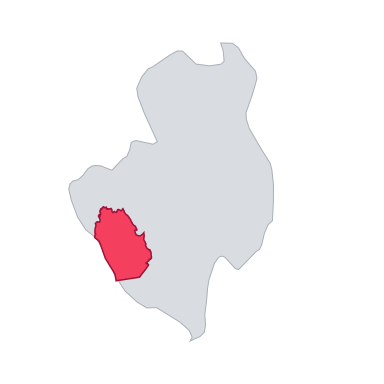 Kayonza, Eastern, Rwanda (highlighted), rotated 152°
{"feature_id": "39286606B59170295238138", "entity_name": "Kayonza", "entity_type": "district", "adm_level": 2, "iso_a3": "RWA", "parent_name": "Rwanda", "parent_adm1": "Eastern", "projection": "equal_earth", "projection_center": [30.553, -1.862], "detail": "fine", "context": "in_parent", "style": "filled", "palette": "rose", "viewbox_px": 384, "rotation_deg": 152, "n_neighbors": 0, "source": "geoboundaries", "source_scale": "gbopen_adm2", "svg_char_len": 5961}
<svg xmlns="http://www.w3.org/2000/svg" viewBox="0 0 384 384"><g transform="rotate(152 192 192)"><path d="M159.5,109.5L163.2,109.4L187.3,101.6L189.7,104.1L193.6,119.1L195.7,121.3L199.0,121.9L205.8,118.4L218.2,106.6L223.6,99.5L230.0,89.4L238.1,78.0L242.6,68.1L247.1,62.3L252.9,60.6L259.3,61.1L263.8,61.2L260.1,63.6L259.4,70.9L263.6,82.5L277.5,106.4L286.3,110.9L292.0,120.2L297.6,135.9L299.3,155.6L297.0,179.2L298.4,196.8L303.5,208.3L304.8,223.3L302.4,241.6L299.4,252.6L296.0,256.3L292.0,257.6L286.7,256.4L280.2,258.0L273.1,261.4L268.7,261.9L265.9,261.2L260.7,258.3L252.5,248.8L237.1,254.0L233.0,253.9L227.3,258.4L222.7,264.0L220.0,264.4L217.1,263.6L203.9,252.4L199.0,252.8L197.1,284.3L194.9,301.7L192.1,309.5L182.7,317.0L173.1,321.3L167.9,321.0L146.9,323.4L138.7,323.4L134.2,320.8L128.3,303.0L117.2,295.1L106.5,291.3L102.2,292.4L98.3,301.7L96.7,310.1L86.4,304.3L83.3,297.3L83.0,285.3L79.2,268.9L81.3,261.9L85.4,257.4L93.9,248.8L107.0,236.8L109.8,231.0L111.6,221.5L110.8,199.4L109.5,180.6L111.1,174.0L117.0,159.5L125.0,144.7L134.4,129.0L140.0,127.5L147.4,121.6L155.2,112.8L159.5,109.5Z" fill="#d9dde1" stroke="#a8b0b8" stroke-width="1"/><path d="M260.8,209.7L261.3,209.6L263.0,208.5L263.5,208.7L263.7,209.0L263.8,209.4L264.2,210.0L264.4,210.3L264.5,210.5L264.8,210.7L265.1,211.0L265.4,211.1L265.8,211.2L265.8,211.3L266.0,211.3L266.1,211.2L266.3,211.0L266.4,210.9L266.6,210.8L266.8,210.4L266.9,210.2L267.1,210.2L267.2,209.9L267.3,209.9L267.5,209.9L267.7,210.0L267.8,209.8L268.0,209.8L268.3,209.7L268.5,209.7L268.7,209.8L268.8,209.7L268.9,209.8L269.2,210.0L269.4,210.5L269.5,210.7L269.5,210.8L269.4,211.0L269.6,211.3L269.8,211.3L270.1,211.3L270.4,211.1L270.8,211.0L271.0,211.0L271.0,210.9L271.3,210.8L271.5,210.9L271.8,211.6L271.6,212.5L271.5,212.8L271.3,213.5L271.1,213.9L271.1,214.0L271.0,214.9L271.2,215.5L271.4,215.6L271.6,215.6L272.0,215.5L272.4,215.5L272.5,215.6L272.6,215.8L273.0,215.9L273.3,216.1L273.5,216.2L273.8,216.2L274.0,216.2L274.1,216.6L274.2,216.8L274.4,216.9L274.6,217.0L274.7,216.4L274.9,216.5L275.1,216.7L275.2,216.8L275.1,217.3L275.1,217.6L275.0,217.9L274.9,217.9L274.9,218.1L274.9,218.3L274.9,218.9L275.2,218.8L276.1,218.8L276.2,219.0L276.3,219.3L276.7,219.7L276.8,220.1L277.0,220.4L277.1,220.5L277.2,220.4L277.4,220.4L277.5,220.4L277.5,220.2L277.7,220.3L277.9,220.3L278.0,220.3L278.0,220.2L278.2,220.3L278.3,220.3L278.3,220.2L278.6,220.1L278.8,219.9L279.0,219.7L279.4,219.6L279.5,219.7L279.8,219.5L280.0,219.6L280.1,219.2L280.4,219.1L280.5,219.2L280.6,219.4L280.7,219.1L280.8,219.0L281.0,218.8L281.3,218.8L281.5,219.0L281.6,218.9L281.7,218.7L281.9,218.7L282.0,218.7L282.4,218.4L282.4,218.2L282.5,217.9L282.4,217.8L282.4,217.6L282.5,217.5L282.5,217.4L282.5,217.1L282.8,217.0L282.9,216.5L282.8,216.4L282.9,216.2L282.9,215.8L282.8,215.7L283.2,215.2L283.3,215.0L283.6,214.7L283.8,214.6L284.4,214.1L284.1,215.4L284.6,215.5L284.6,215.4L285.5,215.0L285.9,214.7L285.9,214.4L286.0,213.6L286.0,213.3L286.0,213.0L286.0,212.7L286.0,211.9L286.0,211.5L286.3,210.6L286.2,210.5L286.2,210.4L287.1,209.3L287.7,208.8L287.8,208.9L287.9,209.3L288.2,209.2L288.5,209.2L288.8,209.3L289.0,209.6L289.3,209.7L289.4,209.8L289.5,209.8L289.5,210.0L289.9,210.2L290.0,210.3L292.1,209.6L292.2,208.6L292.4,208.0L292.7,207.4L293.0,207.0L293.6,206.3L294.8,205.1L295.5,204.0L296.7,202.0L296.8,201.6L297.0,201.2L297.0,200.9L296.8,200.7L296.7,200.6L296.8,200.1L297.1,199.7L297.3,199.4L297.6,199.3L297.9,199.5L298.1,199.2L298.2,198.9L298.8,198.5L298.9,198.1L299.1,198.0L299.2,197.8L299.2,197.7L299.3,197.4L297.6,193.5L297.4,192.7L297.1,192.3L297.8,186.4L297.9,186.0L297.9,185.9L299.7,173.7L299.6,173.4L299.1,164.4L298.7,159.7L298.6,157.9L298.7,157.7L298.7,157.2L298.7,156.3L298.6,156.1L298.6,155.5L299.2,153.8L300.5,149.7L300.5,149.3L300.6,149.2L278.2,141.4L277.8,141.7L277.5,141.8L277.2,141.9L276.5,142.3L269.3,145.5L264.5,148.0L264.6,148.7L264.7,149.0L264.9,149.6L265.1,149.8L265.5,149.8L265.8,150.0L266.0,150.3L266.0,150.5L266.1,150.8L265.9,150.9L265.7,151.0L264.4,151.0L264.2,151.2L263.8,151.3L263.6,151.5L263.4,151.4L262.9,151.5L262.3,151.5L262.2,151.6L261.9,151.8L261.7,152.1L261.6,152.4L261.4,152.6L261.3,152.4L261.1,152.3L260.5,152.1L260.3,152.1L259.5,152.4L259.1,152.5L258.9,152.6L258.8,152.9L258.8,153.0L258.6,153.1L258.2,153.9L258.1,154.1L258.0,154.4L257.4,156.4L257.2,156.6L256.9,157.0L256.7,157.7L256.5,158.0L256.5,158.5L256.4,159.0L256.5,159.8L256.5,160.0L256.4,160.5L256.5,160.5L256.4,160.6L256.5,160.9L257.0,161.2L257.1,161.3L257.2,161.5L257.4,161.8L257.5,162.3L257.6,162.5L258.0,162.9L258.1,163.0L258.2,163.3L258.2,163.6L258.2,163.8L258.1,164.2L258.1,164.5L258.1,165.2L258.1,165.3L258.2,165.8L258.1,166.6L257.9,166.9L257.8,167.0L257.7,167.0L257.2,167.6L257.1,167.8L257.0,168.1L257.0,168.7L257.0,169.2L257.0,169.5L256.9,169.8L257.0,170.7L257.0,171.3L257.0,171.6L256.9,172.3L256.8,172.7L256.7,173.0L256.1,174.1L255.8,174.3L255.6,174.4L255.5,174.6L255.2,175.2L254.7,176.0L254.5,176.3L254.3,176.9L253.9,178.2L253.7,178.6L255.0,178.1L256.0,177.9L256.8,177.8L257.2,177.7L257.8,177.6L258.5,177.7L259.1,178.0L259.6,178.4L260.9,179.8L261.3,180.3L261.5,180.5L261.4,180.7L261.3,180.9L261.2,181.9L261.2,182.1L261.3,182.2L261.3,182.5L261.2,182.7L261.1,183.1L260.9,183.7L260.9,183.9L260.8,184.4L260.8,184.6L260.8,184.8L260.5,185.1L260.4,185.1L259.9,185.0L259.5,184.9L259.0,184.6L258.9,184.4L258.6,184.6L258.4,184.5L258.3,184.8L258.2,185.0L258.2,185.3L258.2,185.5L258.2,186.0L258.3,186.1L258.2,186.7L258.3,186.8L258.4,187.1L258.2,187.4L258.1,187.6L258.1,188.0L258.2,188.4L258.3,188.7L258.6,189.2L258.6,189.3L259.0,190.0L259.3,190.9L259.4,191.8L259.4,192.1L259.3,192.6L259.3,193.4L259.4,193.6L259.4,194.0L259.4,194.4L259.5,195.2L259.4,195.7L259.2,196.1L259.2,196.3L259.3,196.7L259.3,197.0L259.4,197.5L259.4,197.8L259.5,198.3L259.5,198.7L259.5,198.9L259.5,199.4L259.7,200.0L259.7,200.3L259.8,201.0L259.9,201.5L260.1,201.8L260.2,202.3L260.9,203.2L261.1,205.0L261.1,206.4L260.9,207.1L260.8,207.7L260.9,209.0L260.8,209.7Z" fill="#f43f5e" stroke="#9f1239" stroke-width="1.5"/></g></svg>